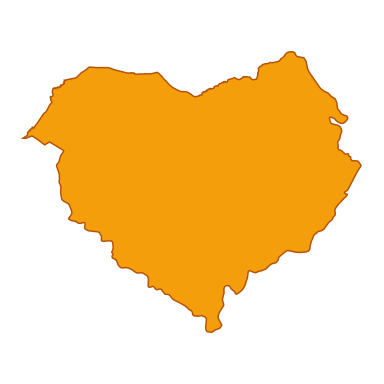 the district of Phu Phan, Sakon Nakhon, Thailand
{"feature_id": "78962969B29129628084941", "entity_name": "Phu Phan", "entity_type": "district", "adm_level": 2, "iso_a3": "THA", "parent_name": "Thailand", "parent_adm1": "Sakon Nakhon", "projection": "albers", "projection_center": [103.896, 16.916], "detail": "fine", "context": "isolated", "style": "filled", "palette": "amber", "viewbox_px": 384, "rotation_deg": 0, "n_neighbors": 0, "source": "geoboundaries", "source_scale": "gbopen_adm2", "svg_char_len": 5812}
<svg xmlns="http://www.w3.org/2000/svg" viewBox="0 0 384 384"><path d="M219.3,328.5L219.9,328.0L220.9,326.7L221.5,325.6L221.5,324.6L218.3,318.3L218.1,316.3L218.3,315.2L220.0,311.2L223.5,305.8L223.7,305.0L223.4,303.0L222.6,300.7L222.5,299.1L222.9,297.0L224.0,293.1L223.9,289.0L224.1,288.0L224.8,286.6L225.9,285.8L226.8,285.6L228.8,285.8L229.6,286.2L230.1,286.8L231.0,288.6L232.5,290.0L234.5,291.5L235.6,293.8L236.2,294.1L236.7,294.1L239.5,292.3L241.9,290.2L242.9,289.0L244.9,285.7L247.4,277.7L248.3,271.3L248.9,270.8L250.0,270.8L254.0,272.4L255.9,272.7L258.7,271.3L261.8,270.7L265.9,269.0L270.3,264.6L272.1,263.7L275.2,263.0L276.3,262.4L278.1,260.1L279.0,257.0L283.5,253.2L287.0,250.6L289.5,250.8L295.7,252.2L299.8,252.5L306.4,251.9L308.3,251.1L309.1,250.4L309.7,249.0L310.0,248.0L309.8,247.5L311.2,241.7L314.0,235.0L314.9,234.2L316.5,233.2L318.0,231.6L320.6,231.0L323.2,229.7L324.1,229.0L328.4,222.8L332.3,219.4L333.2,217.2L334.9,215.3L335.2,214.7L335.2,212.7L334.8,209.9L335.8,207.8L337.9,204.8L344.0,198.4L345.8,196.9L347.2,195.0L347.3,194.4L347.1,194.2L344.6,193.3L344.6,192.2L347.5,190.2L348.5,188.6L356.0,174.1L358.4,169.8L360.6,166.5L361.0,165.6L360.9,165.2L359.2,162.6L358.1,161.3L357.5,161.0L351.8,160.6L350.8,158.9L350.6,156.8L349.6,156.5L349.1,156.1L348.7,155.3L348.4,154.0L348.1,153.8L347.7,153.7L345.9,154.2L345.1,154.0L343.2,152.2L341.2,150.6L340.2,150.0L339.2,150.0L338.4,149.0L337.9,147.9L338.3,146.1L337.6,142.6L337.7,141.8L339.3,139.6L339.9,138.3L340.2,135.7L341.6,131.9L341.7,131.0L341.2,128.7L339.8,126.5L338.5,125.6L337.2,125.1L332.0,123.8L331.2,123.2L330.6,122.5L330.2,121.4L329.4,118.0L329.7,117.3L331.1,117.3L334.3,118.5L335.1,119.1L335.7,120.2L337.9,122.0L340.5,123.2L341.7,123.4L343.4,123.1L345.4,121.9L347.6,118.9L347.8,117.9L347.3,116.7L346.2,115.7L344.2,115.3L341.7,114.1L340.8,113.1L339.1,110.5L337.7,109.0L337.5,108.3L336.8,102.9L336.0,100.6L334.9,98.6L331.4,96.5L327.8,92.8L326.7,92.5L324.8,91.6L322.0,89.7L320.8,88.6L319.4,87.0L309.8,73.1L308.7,71.3L307.9,69.6L307.4,68.1L306.3,62.3L305.9,61.1L303.9,57.8L297.8,56.7L297.1,56.4L296.3,55.8L295.6,54.9L294.8,52.8L293.4,52.0L292.2,51.8L289.2,51.9L287.9,52.3L286.6,53.1L285.7,53.9L283.8,56.7L280.7,59.0L279.6,60.8L277.2,61.7L272.2,62.8L271.3,62.8L270.2,62.4L267.9,63.6L266.5,63.7L265.9,63.6L262.5,64.6L261.7,65.6L259.7,66.7L259.3,67.4L258.4,68.2L258.6,71.1L257.6,73.3L257.9,73.9L257.7,74.9L257.9,75.5L257.3,76.2L257.1,77.9L256.1,79.3L254.0,79.5L253.3,79.9L252.9,79.8L251.9,79.3L250.6,78.2L249.8,77.0L248.5,77.2L246.9,76.7L246.4,76.9L244.9,76.7L244.0,77.2L243.6,76.7L242.6,77.4L242.3,77.9L239.5,79.6L237.2,79.2L235.3,78.2L234.8,77.7L234.3,77.6L231.8,78.8L228.9,79.4L228.0,79.9L227.8,80.2L227.4,81.6L227.1,81.9L225.9,82.2L225.4,81.6L225.0,81.5L223.9,81.7L224.0,82.2L223.5,82.3L223.3,82.7L222.1,82.4L221.2,83.4L220.1,83.5L218.6,84.5L218.0,85.9L215.9,85.9L214.1,86.8L214.2,87.9L213.9,88.1L211.6,88.9L210.6,88.5L210.1,88.9L210.0,88.5L209.6,88.6L209.0,89.1L208.4,89.2L207.9,89.6L207.9,90.0L207.1,90.5L206.8,90.4L206.8,91.0L206.2,90.9L205.5,91.6L205.1,91.4L204.8,91.9L204.5,91.8L204.2,92.0L203.6,91.8L203.4,92.2L202.8,92.3L202.3,92.6L202.5,93.4L201.6,94.6L201.7,95.0L199.9,95.1L198.8,95.9L195.9,96.7L194.7,96.7L193.4,96.2L189.8,93.5L187.3,92.1L185.4,91.7L180.9,91.6L178.3,90.5L172.8,87.6L171.7,86.9L168.8,84.2L166.1,81.1L163.9,79.1L162.2,76.8L158.9,73.5L157.5,72.5L157.0,72.4L151.1,73.8L138.6,74.0L136.8,74.4L134.2,73.5L133.8,72.9L133.4,73.2L131.0,72.7L130.7,73.1L127.5,73.1L115.5,70.1L108.2,67.6L96.7,67.6L89.4,67.1L88.3,67.7L86.2,69.7L81.3,72.8L77.1,76.9L75.9,77.8L74.5,78.2L66.7,79.7L65.7,80.5L64.9,80.1L64.4,80.2L64.9,80.8L64.0,81.7L64.1,82.4L63.7,82.7L63.9,83.0L64.3,83.0L64.3,83.7L63.6,84.2L62.9,84.3L62.2,85.2L61.3,84.9L61.4,85.5L60.9,85.6L60.6,86.9L60.0,86.9L59.8,86.4L58.7,87.3L58.1,87.3L57.9,87.7L57.6,87.2L57.2,87.6L56.6,87.9L56.0,87.7L55.5,88.6L55.1,88.6L54.9,88.0L54.5,87.9L53.6,88.2L53.1,88.6L52.3,91.5L52.5,93.2L53.3,94.1L52.8,95.9L52.3,96.4L50.5,96.7L50.2,97.2L50.9,98.6L50.7,100.1L51.8,101.7L51.8,102.4L49.5,105.3L46.7,110.8L45.9,111.9L44.0,113.4L42.3,115.6L36.8,123.9L34.1,127.1L33.8,127.9L32.7,127.3L32.2,127.4L32.4,127.8L32.3,128.5L30.4,129.2L30.0,129.8L30.3,130.5L29.5,130.4L29.1,130.7L28.8,131.7L27.6,132.5L27.5,134.8L27.2,135.3L25.9,136.4L23.0,138.1L25.4,138.3L26.4,138.1L31.3,136.1L32.4,136.1L39.0,140.4L44.6,144.9L48.8,142.4L49.8,142.1L63.5,150.4L63.6,151.2L60.7,155.7L60.2,157.1L59.1,161.4L58.4,162.6L56.7,164.8L56.6,166.2L58.0,170.2L59.3,174.6L59.5,178.4L59.1,182.2L60.3,185.0L61.0,187.4L60.7,189.9L60.7,192.8L61.6,198.8L62.1,199.7L63.6,201.1L68.8,204.0L70.7,208.4L71.8,211.8L71.8,213.4L70.7,215.6L68.6,218.5L68.8,219.1L71.1,220.5L75.7,221.4L77.4,222.7L78.7,223.2L80.6,223.4L83.2,222.6L84.6,222.6L84.9,222.9L85.1,224.7L84.6,227.0L84.6,228.1L85.0,228.8L86.1,229.6L88.2,230.6L89.5,230.9L98.1,231.9L99.2,232.5L101.5,236.2L101.4,240.3L101.7,240.9L102.6,241.3L104.4,241.3L107.9,240.8L110.0,240.8L111.4,241.1L112.3,241.7L112.8,243.2L113.2,247.5L112.8,249.8L111.8,252.0L111.9,252.6L112.9,253.9L113.1,254.6L112.1,255.8L112.1,257.1L112.6,257.9L113.2,258.4L114.7,259.1L116.2,260.2L116.8,261.3L117.8,264.1L118.5,265.4L119.8,266.9L121.4,267.8L123.1,267.9L125.9,267.6L127.8,267.9L131.6,269.4L135.2,272.1L136.5,272.8L137.5,273.0L141.4,272.8L142.5,273.0L143.8,273.6L147.0,275.7L147.8,276.6L148.3,278.9L148.4,280.4L148.1,286.1L148.9,287.2L150.3,287.2L152.5,286.4L153.1,286.4L153.7,286.7L155.6,289.1L157.0,289.8L159.3,289.1L161.1,289.1L162.6,291.3L165.0,294.2L167.9,294.4L169.0,294.8L169.9,295.5L172.2,298.5L173.8,299.9L180.7,303.3L185.1,305.9L189.3,309.7L191.3,310.7L192.3,312.0L192.7,314.6L194.0,315.8L198.4,316.2L201.8,315.6L205.1,317.0L206.0,318.1L206.4,319.5L205.7,327.3L205.9,329.6L206.5,330.9L207.1,331.5L207.5,331.8L211.8,332.2L212.6,331.9L215.0,330.0L219.3,328.5Z" fill="#f59e0b" stroke="#b45309" stroke-width="1.5"/></svg>